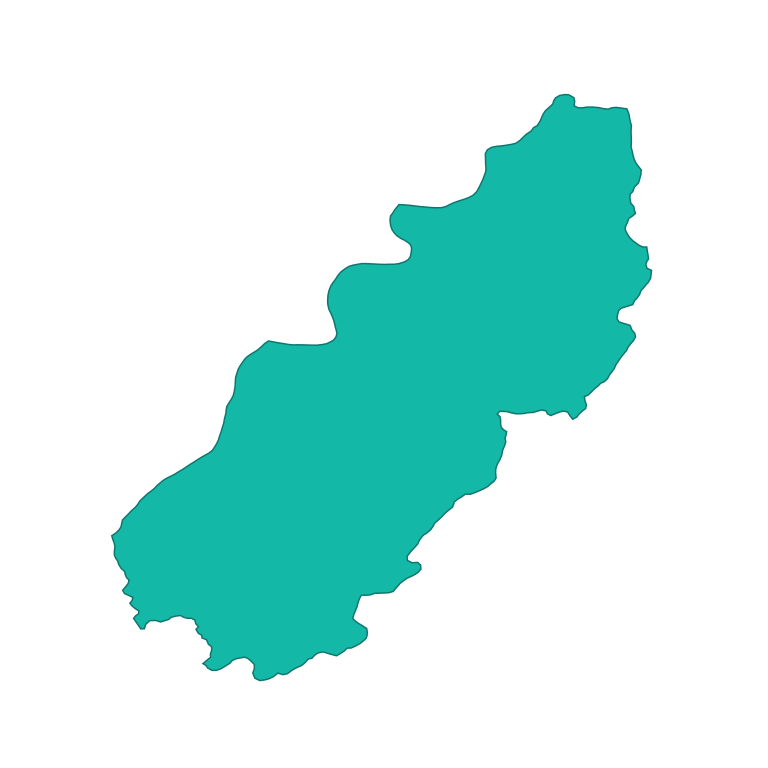 Delfinópolis, Minas Gerais, Brazil, rotated 97°
{"feature_id": "56859067B55529001249038", "entity_name": "Delfinópolis", "entity_type": "district", "adm_level": 2, "iso_a3": "BRA", "parent_name": "Brazil", "parent_adm1": "Minas Gerais", "projection": "equal_earth", "projection_center": [-46.771, -20.369], "detail": "fine", "context": "isolated", "style": "filled", "palette": "teal", "viewbox_px": 768, "rotation_deg": 97, "n_neighbors": 0, "source": "geoboundaries", "source_scale": "gbopen_adm2", "svg_char_len": 6035}
<svg xmlns="http://www.w3.org/2000/svg" viewBox="0 0 768 768"><g transform="rotate(97 384 384)"><path d="M355.4,503.9L358.5,507.5L361.7,510.0L366.0,514.0L368.6,517.2L371.1,520.4L374.1,523.6L376.8,525.5L380.1,527.3L383.9,529.2L387.5,530.6L391.3,531.3L394.9,532.0L397.8,532.0L401.3,531.7L405.4,531.5L409.8,531.7L414.2,532.3L417.8,533.7L421.4,535.5L425.6,537.3L429.5,537.5L432.2,537.3L434.9,537.7L437.7,538.1L442.3,538.3L447.9,539.3L451.7,539.9L455.8,540.9L459.7,541.5L463.3,542.7L467.8,544.7L470.8,546.3L473.6,549.0L476.3,552.6L478.6,555.8L481.6,559.6L484.4,562.8L487.2,566.4L490.4,570.1L493.5,573.7L495.6,576.5L497.9,579.3L499.9,581.9L502.4,585.8L504.6,589.0L507.3,592.2L509.8,594.4L512.6,597.0L515.9,599.4L518.8,602.2L521.5,605.1L524.1,607.3L527.2,609.9L530.1,612.2L533.3,613.6L536.7,615.8L540.4,619.1L544.4,622.0L547.7,624.6L550.9,627.0L554.9,627.4L557.8,627.6L561.0,629.1L564.6,632.0L567.8,635.7L571.4,634.2L574.5,632.5L578.3,631.2L583.3,631.2L586.6,630.8L589.7,629.0L592.1,626.8L595.6,625.2L599.1,622.4L601.7,618.6L605.0,617.4L607.5,616.0L609.6,613.3L612.9,613.5L616.7,615.7L620.7,618.3L623.7,615.8L624.8,612.1L626.5,607.1L629.8,607.8L632.5,609.5L634.8,607.3L637.3,603.5L639.2,599.5L642.2,599.8L644.4,602.3L647.2,604.0L650.3,601.2L653.9,598.0L656.7,595.6L656.1,592.0L651.6,591.2L647.4,587.6L646.5,581.6L647.4,576.8L645.4,572.3L643.9,568.9L641.5,566.8L639.7,562.3L638.6,557.8L640.0,554.2L640.5,550.4L640.0,546.6L641.4,542.9L644.9,541.6L647.5,538.5L650.5,540.7L654.1,537.8L655.6,534.3L658.2,533.7L659.4,529.1L663.7,526.5L665.8,523.1L669.2,522.6L673.2,523.4L676.4,522.8L680.2,526.5L683.6,529.6L685.1,526.3L687.4,524.4L689.2,519.8L688.7,515.5L686.3,510.9L683.3,507.1L679.9,502.9L676.9,500.9L674.7,497.2L673.2,492.7L672.1,488.9L673.1,485.4L675.1,482.4L678.1,478.6L682.3,478.0L686.9,479.0L691.8,476.2L693.5,471.0L692.1,465.9L690.4,461.9L687.7,457.8L683.9,454.1L684.8,448.8L683.2,444.4L680.4,441.6L678.2,439.0L675.8,435.5L673.7,431.9L671.6,429.6L668.9,427.5L666.2,425.7L665.0,422.1L661.8,419.9L659.0,416.8L657.3,411.6L658.6,404.7L659.5,398.0L656.8,394.4L653.7,390.7L650.7,388.5L650.0,384.3L647.5,380.3L644.4,376.0L641.5,373.2L638.7,370.8L636.0,370.2L632.6,370.3L628.9,371.3L626.6,375.8L624.5,380.6L622.3,384.3L620.3,386.5L616.8,385.9L613.0,384.9L608.8,383.7L603.5,383.0L599.7,382.1L596.3,380.7L595.8,376.1L595.0,372.0L592.9,367.8L591.5,359.0L590.6,353.8L588.7,349.5L584.9,347.1L582.3,345.3L579.6,343.5L576.7,340.5L574.0,337.5L571.5,333.3L568.8,329.5L566.6,327.0L563.1,324.8L559.2,325.6L557.0,328.8L558.0,334.3L556.3,339.2L552.3,340.1L548.8,338.1L545.7,336.0L541.8,333.2L538.5,331.0L534.8,329.8L531.7,328.1L529.1,326.4L526.9,323.6L523.0,320.0L519.8,318.2L515.9,316.7L512.8,313.9L508.9,310.6L505.6,308.3L501.8,304.9L497.8,300.9L492.5,299.8L489.3,296.9L486.7,293.4L483.3,289.7L482.9,284.8L480.5,280.2L477.9,275.6L475.5,271.8L473.0,268.4L470.1,265.9L467.1,262.9L463.8,261.3L460.9,261.9L458.1,262.5L455.1,262.7L451.9,262.3L448.6,261.3L444.9,259.7L440.3,258.5L435.1,258.1L430.3,256.7L426.5,256.1L422.9,257.3L419.6,256.6L416.4,256.5L414.8,259.9L412.5,262.5L408.7,263.5L405.7,263.8L402.2,264.9L400.2,268.0L397.0,265.9L396.4,258.9L397.1,254.1L397.5,249.3L397.0,245.4L396.2,241.4L395.0,237.9L394.0,232.3L392.1,228.2L390.6,224.5L390.9,219.9L393.6,218.2L395.0,214.7L392.5,210.2L390.1,205.7L389.0,202.4L389.4,198.4L393.0,195.4L396.0,192.4L393.3,188.7L389.6,186.4L386.0,183.2L383.8,180.9L380.2,180.5L375.8,182.6L372.1,183.5L370.0,179.9L366.5,177.1L362.4,173.9L359.7,171.1L356.9,169.1L354.9,165.7L351.5,162.8L347.3,161.2L343.8,159.1L340.5,157.3L336.6,156.2L332.0,153.8L328.5,152.0L324.6,149.6L321.3,147.4L317.5,146.2L313.9,144.0L310.8,141.8L306.5,140.1L303.0,141.4L300.2,144.5L295.8,146.9L294.8,152.8L293.7,158.4L290.7,160.7L287.4,160.7L282.7,160.1L280.0,158.0L277.7,153.1L274.9,146.8L270.8,145.5L267.5,143.1L263.9,141.2L259.9,140.3L256.8,138.0L253.8,136.2L250.9,134.1L246.7,132.3L242.4,132.3L238.6,132.3L237.1,137.1L233.2,138.7L230.4,138.1L227.8,136.7L224.1,137.6L219.6,139.0L216.0,139.9L216.5,143.7L215.3,147.6L213.7,150.6L211.4,154.6L208.5,158.3L206.1,160.2L203.6,162.1L200.4,163.8L197.2,163.2L194.1,162.1L189.9,161.2L186.7,157.6L184.0,155.2L181.1,156.6L177.3,157.8L174.6,161.0L169.9,162.5L165.8,162.9L162.8,160.6L157.9,159.4L153.4,155.9L149.3,155.2L144.7,154.6L140.1,154.8L137.4,157.6L134.2,160.7L130.0,163.3L126.9,164.6L123.3,165.8L118.9,167.6L114.3,167.9L110.5,168.4L106.5,169.1L102.1,169.7L97.4,169.9L94.1,171.3L90.5,172.5L86.0,173.9L81.3,176.5L81.2,183.2L81.2,187.4L82.1,191.6L83.8,194.7L84.0,199.5L83.5,204.2L83.7,210.8L84.5,216.7L85.8,221.1L86.2,225.1L84.7,229.2L80.1,229.2L76.8,230.3L74.5,235.6L74.6,239.4L76.2,244.8L79.1,248.6L82.0,250.0L85.7,250.7L89.4,253.9L93.1,257.1L96.7,258.9L100.6,260.1L103.5,260.9L106.2,262.1L109.0,263.5L111.2,266.6L115.2,269.0L118.4,272.8L121.5,275.5L125.6,278.7L129.0,282.4L130.7,287.0L131.7,290.4L133.1,295.3L134.4,301.3L136.0,306.1L138.9,309.9L143.0,311.5L148.2,310.7L153.5,309.9L157.2,309.1L160.9,308.9L164.5,309.8L168.5,310.7L173.0,312.1L177.2,313.6L181.6,315.3L185.6,318.4L188.4,322.2L190.2,325.6L191.9,329.2L193.6,332.9L195.6,336.9L197.8,340.5L200.4,344.3L202.1,348.9L202.8,354.4L203.2,359.9L203.3,364.6L203.5,368.6L203.5,374.5L203.5,379.3L203.7,384.3L204.1,391.0L207.4,393.0L210.2,394.8L213.4,396.2L216.3,398.0L220.9,398.0L226.0,396.7L229.8,394.8L232.7,392.4L235.3,389.2L237.6,384.7L238.8,381.1L240.7,377.3L242.7,374.5L245.6,373.2L249.8,373.0L254.7,373.5L257.6,375.1L260.3,378.5L262.8,384.1L264.0,388.9L264.5,393.3L265.2,397.6L265.8,403.8L266.1,408.5L266.4,412.3L266.7,416.8L267.2,420.7L268.5,425.1L269.8,429.1L271.4,432.9L274.0,436.2L276.1,438.5L278.5,440.8L282.0,443.0L285.8,444.8L289.2,446.8L292.8,448.6L297.4,449.9L302.3,450.4L307.0,450.2L310.9,449.7L313.8,448.8L317.1,447.5L320.5,445.2L323.6,443.4L326.9,441.7L330.6,440.2L333.6,439.2L336.8,437.8L340.1,436.8L343.6,437.6L346.8,439.6L348.9,442.6L351.1,446.0L352.4,450.2L353.6,455.1L354.3,461.1L354.8,466.5L355.2,470.6L355.6,474.3L356.3,479.0L356.4,484.0L356.2,488.4L355.9,495.9L355.4,503.9Z" fill="#14b8a6" stroke="#0f766e" stroke-width="1.5"/></g></svg>